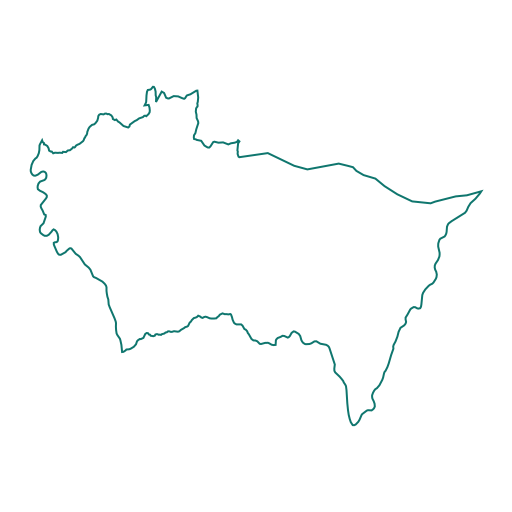 outline of Porto dos Gaúchos, Mato Grosso, Brazil
{"feature_id": "56859067B32665720516064", "entity_name": "Porto dos Gaúchos", "entity_type": "district", "adm_level": 2, "iso_a3": "BRA", "parent_name": "Brazil", "parent_adm1": "Mato Grosso", "projection": "equal_earth", "projection_center": [-56.839, -11.773], "detail": "fine", "context": "isolated", "style": "outline", "palette": "teal", "viewbox_px": 512, "rotation_deg": 0, "n_neighbors": 0, "source": "geoboundaries", "source_scale": "gbopen_adm2", "svg_char_len": 5968}
<svg xmlns="http://www.w3.org/2000/svg" viewBox="0 0 512 512"><path d="M481.3,191.3L466.9,195.3L455.7,196.4L435.2,201.6L430.6,203.3L412.2,201.4L397.3,194.3L384.5,186.1L375.4,178.6L363.6,175.1L356.4,170.9L353.0,167.2L347.7,165.8L338.7,163.6L307.4,169.4L294.2,165.8L267.8,153.1L239.3,157.2L238.5,156.6L237.6,153.9L237.8,151.5L237.4,150.4L238.1,143.4L239.4,141.4L238.1,140.3L237.2,141.6L236.4,142.1L234.6,142.7L230.9,143.3L228.3,144.4L223.1,142.4L218.5,142.7L214.4,141.7L213.2,142.1L210.5,146.3L209.3,147.5L207.9,147.5L207.0,147.1L204.4,145.5L201.2,140.8L196.7,139.9L195.9,139.4L194.1,139.0L193.8,137.4L194.0,135.3L195.4,133.1L196.3,129.2L198.3,123.1L198.1,121.4L196.6,118.0L196.5,114.7L195.8,111.7L196.1,108.5L196.6,107.5L197.5,106.5L197.6,105.0L197.3,103.5L197.8,101.8L198.2,97.5L197.4,90.6L196.3,90.7L190.4,94.3L187.0,95.4L186.3,96.2L185.1,98.2L184.1,98.8L182.0,98.1L178.2,96.4L173.7,96.1L168.9,98.5L167.7,98.4L166.1,97.7L164.1,93.0L161.7,91.6L156.0,102.0L156.2,97.1L155.7,95.4L155.6,91.6L154.9,88.7L153.9,86.9L152.9,86.8L151.1,89.1L150.2,89.6L147.8,90.0L147.0,91.7L146.5,95.4L146.2,101.5L146.0,102.6L144.6,105.4L148.6,104.9L149.5,107.6L149.8,110.6L149.6,112.3L148.6,114.0L146.3,116.2L145.3,115.7L144.3,115.8L142.9,117.1L139.1,118.4L136.8,120.1L134.7,121.1L129.9,124.6L129.4,126.5L128.2,127.5L123.5,126.0L119.5,122.4L118.1,121.6L116.3,119.5L114.9,120.1L112.9,119.0L112.6,117.3L111.3,115.4L108.9,114.0L107.6,114.2L106.3,113.6L105.0,113.6L103.6,114.4L100.7,114.0L99.2,114.7L98.3,116.1L98.1,117.9L97.3,120.7L95.5,123.1L94.2,124.3L92.0,124.9L89.7,126.9L88.6,128.5L87.3,131.9L87.1,133.6L86.6,134.9L85.5,136.3L85.0,137.6L84.3,138.3L83.9,139.7L83.1,141.1L79.5,143.9L77.3,144.8L75.9,145.7L75.2,146.9L74.5,147.5L73.1,147.2L72.2,148.4L70.0,150.2L67.8,150.5L66.0,152.1L63.0,151.8L62.3,152.9L59.5,152.7L58.0,152.9L55.0,152.7L53.2,153.3L51.7,151.5L50.6,151.5L49.1,150.6L48.6,148.3L47.3,146.0L45.1,144.6L44.0,144.4L44.0,143.1L42.7,142.1L42.1,140.3L39.9,144.4L39.5,145.5L39.4,150.0L38.8,153.2L37.6,156.1L36.6,157.7L35.4,158.5L33.3,161.0L31.6,164.9L30.7,169.9L30.8,171.5L31.4,173.1L32.4,174.6L33.6,175.5L34.4,175.7L35.4,175.7L37.9,174.6L41.2,172.0L42.4,171.6L43.7,171.5L45.0,172.1L45.8,172.9L46.3,174.1L46.5,175.7L46.2,177.8L45.4,179.1L44.5,180.0L40.1,181.6L38.5,183.5L37.7,185.9L37.6,187.5L37.9,189.2L40.0,190.8L42.8,192.1L44.5,193.2L45.9,194.3L46.8,195.5L46.8,197.0L46.1,198.3L40.8,205.0L40.7,206.6L41.3,208.2L42.7,210.7L44.2,214.4L45.7,215.0L45.8,216.6L43.5,223.3L40.6,226.1L40.0,227.7L39.7,229.7L40.0,231.9L40.8,233.2L43.3,235.1L44.7,235.8L46.8,235.8L48.7,234.8L51.7,231.5L52.4,230.4L53.6,229.4L55.0,230.1L56.4,231.6L57.6,234.1L58.2,237.3L58.1,238.9L57.9,240.3L57.5,241.4L56.6,242.1L54.8,242.3L53.8,242.8L53.8,244.4L54.3,245.8L56.8,251.6L58.0,253.7L59.1,254.7L60.8,254.8L65.5,252.2L66.6,250.9L69.1,248.7L70.1,248.2L71.4,248.5L75.7,253.8L78.5,255.7L80.0,257.1L84.8,264.4L88.7,267.6L90.4,269.7L93.1,276.3L93.9,277.1L96.1,278.0L102.4,281.6L104.6,283.7L106.0,285.6L106.5,287.3L106.5,290.9L106.8,293.4L107.4,296.7L108.3,299.5L108.7,304.5L109.7,307.2L114.5,318.2L115.7,321.5L116.0,323.1L115.9,326.7L116.1,330.1L116.6,333.5L117.4,335.1L119.9,338.7L120.4,340.3L121.4,344.9L122.1,352.0L123.5,351.8L125.6,350.4L126.4,349.5L129.0,349.3L130.5,348.8L133.8,346.8L136.0,344.3L137.0,341.3L138.0,340.2L139.8,339.0L140.8,339.1L143.4,337.9L145.3,333.9L146.7,333.0L148.0,333.2L148.9,334.5L150.0,334.7L150.6,335.7L153.3,336.2L154.8,335.7L155.3,334.6L156.3,334.2L157.5,334.2L158.9,334.8L159.8,334.6L161.0,334.9L161.8,334.2L164.4,333.5L165.5,332.5L166.8,332.3L168.1,331.3L169.6,331.4L170.8,331.9L171.8,331.9L174.0,331.2L177.9,331.7L179.3,331.3L180.9,329.9L184.2,328.0L185.1,327.2L187.3,326.5L188.1,325.9L189.7,322.6L190.9,321.6L191.8,320.1L193.8,318.1L195.9,317.5L197.2,316.8L198.2,315.7L200.3,316.6L201.3,317.5L202.6,317.9L204.2,317.0L205.5,316.7L207.0,317.1L209.7,318.3L211.2,318.5L214.4,318.5L216.3,318.3L217.4,317.1L218.7,316.2L219.8,314.7L222.5,313.4L224.8,314.2L226.1,314.1L228.6,314.4L230.2,314.0L231.0,314.5L232.0,317.2L232.6,319.7L234.0,322.8L235.2,323.8L236.5,324.4L241.1,324.4L242.5,325.6L244.4,329.0L245.8,329.7L247.2,331.3L247.8,333.0L248.8,334.2L251.5,339.0L253.4,340.4L255.4,340.5L257.3,341.3L259.7,343.8L261.0,344.0L265.1,342.9L267.9,342.8L269.2,343.3L271.6,344.7L273.5,345.1L275.6,344.9L275.9,340.2L276.5,339.2L277.7,338.0L280.6,336.9L282.5,335.8L284.3,336.0L287.8,337.6L288.8,337.1L289.8,336.1L291.6,332.9L293.6,331.4L294.9,331.6L298.7,333.9L300.2,336.0L301.4,340.2L302.1,341.5L303.0,342.7L304.7,343.9L305.8,344.2L309.5,344.0L311.4,343.3L314.4,341.4L316.4,341.3L320.3,343.7L326.1,344.8L327.7,345.7L328.8,346.8L329.5,348.3L334.8,364.5L334.3,368.6L334.4,370.8L335.2,372.4L339.7,376.7L341.5,378.8L343.2,381.0L343.8,382.5L345.3,384.7L346.0,386.2L346.5,390.2L347.3,403.2L348.0,410.2L348.7,414.8L349.7,418.9L350.8,422.2L352.7,425.1L354.2,425.2L355.7,424.5L358.3,421.8L359.6,419.6L361.6,414.9L362.3,414.0L366.8,410.6L368.0,410.2L371.6,410.4L373.3,409.1L374.1,408.1L374.8,406.5L374.6,403.8L373.7,401.2L372.4,398.6L372.1,396.9L372.1,395.3L373.0,392.8L374.2,390.6L375.3,389.2L376.9,388.2L379.4,385.3L382.3,379.8L383.1,377.6L384.1,373.1L384.7,371.7L385.5,370.9L387.4,367.1L388.7,363.5L391.2,354.9L393.4,348.7L393.2,346.5L393.7,344.8L395.5,341.5L397.4,336.6L398.6,331.8L400.5,327.8L404.0,325.5L405.2,324.2L405.8,323.0L406.1,321.9L405.6,319.5L405.6,317.6L407.6,314.4L410.3,309.4L411.1,308.6L413.6,307.1L415.2,307.2L417.3,308.4L418.5,308.6L420.2,308.2L421.0,306.7L421.4,304.3L422.3,295.0L423.1,292.8L425.3,289.4L428.7,285.8L430.0,284.8L432.3,283.7L433.5,282.5L435.9,278.7L436.5,277.1L436.8,274.5L436.2,271.7L435.2,269.7L434.7,267.6L434.8,265.5L435.5,263.7L438.0,260.0L439.4,256.5L439.6,254.8L439.6,252.8L438.2,246.6L438.2,244.8L438.3,243.3L439.4,239.9L440.3,238.7L444.6,236.5L445.4,235.4L446.2,233.7L446.6,231.9L447.0,226.7L448.0,224.3L448.8,223.3L451.7,221.1L465.0,212.8L466.6,210.7L468.3,206.8L470.6,203.1L475.4,198.8L479.8,193.6L481.3,191.3Z" fill="none" stroke="#0f766e" stroke-width="2"/></svg>